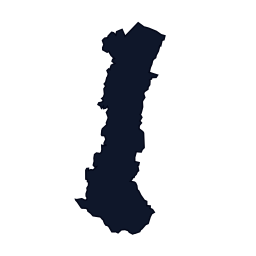 the district of Canóvanas, Puerto Rico, rotated 14°
{"feature_id": "32010507B23731839572395", "entity_name": "Canóvanas", "entity_type": "district", "adm_level": 2, "iso_a3": "PRI", "parent_name": "Puerto Rico", "parent_adm1": "", "projection": "equal_earth", "projection_center": [-65.891, 18.333], "detail": "fine", "context": "isolated", "style": "filled", "palette": "ink", "viewbox_px": 256, "rotation_deg": 14, "n_neighbors": 0, "source": "geoboundaries", "source_scale": "gbopen_adm2", "svg_char_len": 2569}
<svg xmlns="http://www.w3.org/2000/svg" viewBox="0 0 256 256"><g transform="rotate(14 128 128)"><path d="M94.4,210.0L94.9,210.7L96.6,211.8L101.8,216.5L102.7,216.9L106.4,216.0L108.4,216.6L109.2,218.3L112.5,219.7L115.3,221.6L122.8,220.9L125.3,222.7L126.0,222.8L128.5,226.3L130.1,227.6L131.4,227.5L133.1,228.1L137.5,232.6L141.3,231.6L143.7,232.1L146.1,228.4L149.6,227.2L153.1,227.5L154.5,228.8L158.2,229.7L159.0,229.0L160.5,228.3L164.4,225.7L164.9,223.5L165.8,222.6L168.4,217.5L170.6,215.8L171.0,208.8L171.8,205.4L173.9,203.4L171.5,201.2L168.9,200.7L168.4,198.3L165.0,198.8L163.9,194.7L161.3,194.2L156.7,190.2L153.6,186.5L151.9,185.6L150.5,181.9L148.8,179.7L147.5,179.0L143.1,179.1L144.5,176.1L144.3,175.1L145.8,174.5L145.9,172.8L147.1,171.0L147.6,168.1L148.6,166.9L146.5,162.1L147.3,161.4L147.2,158.9L142.7,159.0L142.0,156.4L141.6,155.0L141.7,149.6L141.7,148.9L146.6,148.1L147.0,145.5L148.4,143.2L144.3,129.1L143.2,128.0L139.3,126.3L138.7,125.4L138.3,122.8L139.8,119.8L137.7,118.3L138.9,114.3L136.5,111.8L137.0,110.6L137.1,108.1L137.1,104.1L135.5,98.9L135.7,97.7L136.9,94.3L134.9,91.2L134.9,89.4L135.4,88.4L137.9,85.6L137.6,83.3L138.6,80.8L138.0,77.4L137.4,76.2L138.9,74.7L138.8,73.3L143.0,72.1L143.9,69.5L138.8,69.2L135.1,68.9L135.0,64.0L135.6,60.3L135.5,57.1L136.0,55.2L137.8,53.1L137.7,50.6L138.8,46.1L138.9,40.4L139.9,40.4L139.8,34.7L141.5,33.7L141.5,29.6L137.6,29.5L132.1,27.4L124.0,26.2L120.8,26.1L118.9,26.1L112.4,23.4L103.0,39.8L102.3,38.9L98.4,33.8L93.7,37.3L93.7,40.8L90.9,39.1L89.0,39.1L86.5,43.6L86.5,45.3L83.6,46.5L82.3,48.7L82.1,49.4L84.5,52.9L84.0,56.1L84.6,58.2L89.4,59.5L90.7,58.2L94.1,61.7L98.0,63.9L96.6,64.9L96.4,67.1L99.7,68.6L96.6,71.1L96.2,75.8L95.0,75.3L93.7,77.3L95.8,80.2L95.8,83.1L95.3,84.1L95.3,89.0L94.3,91.0L96.3,92.7L95.2,95.8L97.0,100.8L96.7,104.0L95.4,105.8L96.9,106.5L97.2,108.1L96.1,109.5L93.6,110.6L93.2,112.5L96.0,113.3L97.5,115.3L98.9,112.9L99.6,115.1L101.5,114.2L102.8,112.0L104.6,114.4L103.3,118.1L106.0,122.0L106.4,123.3L105.8,128.3L106.7,129.9L103.4,134.9L103.2,136.5L103.9,141.0L104.5,141.6L107.2,141.1L109.3,144.3L108.5,148.3L108.9,149.9L110.4,149.6L110.7,150.2L108.4,151.2L106.7,151.1L107.9,155.2L108.1,157.9L107.1,159.6L103.5,159.9L102.0,161.8L102.3,165.5L103.3,168.4L103.3,172.4L105.5,174.0L106.5,173.4L105.5,175.6L104.1,177.3L102.1,177.4L99.9,178.9L99.4,176.7L97.8,177.3L97.3,179.2L99.5,187.8L101.1,187.8L101.7,189.9L102.9,189.9L103.6,193.4L102.7,196.2L103.6,198.2L103.3,201.9L103.9,204.2L105.3,205.6L105.3,207.4L103.9,208.6L100.3,207.8L95.7,209.9L94.4,210.0Z" fill="#0f172a" stroke="#020617" stroke-width="1.5"/></g></svg>